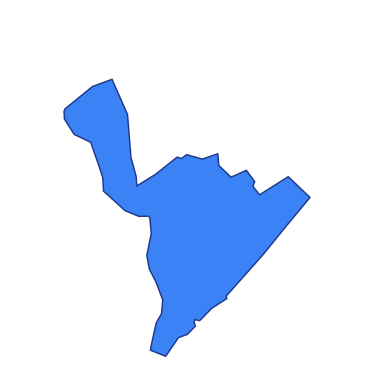 Northumberland, Pennsylvania, United States of America, rotated 335°
{"feature_id": "52423323B19927434270146", "entity_name": "Northumberland", "entity_type": "district", "adm_level": 2, "iso_a3": "USA", "parent_name": "United States of America", "parent_adm1": "Pennsylvania", "projection": "equal_earth", "projection_center": [-76.752, 40.89], "detail": "fine", "context": "isolated", "style": "filled", "palette": "blue", "viewbox_px": 384, "rotation_deg": 335, "n_neighbors": 0, "source": "geoboundaries", "source_scale": "gbopen_adm2", "svg_char_len": 888}
<svg xmlns="http://www.w3.org/2000/svg" viewBox="0 0 384 384"><g transform="rotate(335 192 192)"><path d="M167.1,56.1L146.6,54.3L112.8,62.8L111.6,63.3L111.2,63.8L110.1,64.9L109.7,65.7L109.6,66.3L107.2,71.9L109.6,90.1L121.2,104.1L118.7,129.2L117.2,141.4L112.2,153.8L123.5,180.7L133.6,191.6L142.3,195.5L142.9,197.4L137.6,212.3L124.3,230.3L120.8,243.9L121.3,259.0L119.9,277.5L113.0,289.3L104.2,295.6L91.0,312.8L87.4,317.8L98.7,329.7L110.6,322.8L118.2,318.2L127.6,319.1L138.3,315.0L138.8,311.1L140.6,308.8L144.6,311.8L160.9,305.7L178.5,303.3L178.9,300.8L229.7,278.9L263.8,262.3L296.6,246.8L285.7,218.8L252.1,223.1L249.6,212.6L253.2,209.1L250.4,195.3L242.2,195.2L237.1,195.2L233.5,194.8L227.5,179.4L231.5,168.3L215.2,166.5L202.9,155.9L196.5,157.2L193.3,154.1L166.3,160.6L144.5,163.2L147.9,154.6L151.3,134.8L166.3,94.5L167.1,56.1Z" fill="#3b82f6" stroke="#1e3a8a" stroke-width="1.5"/></g></svg>